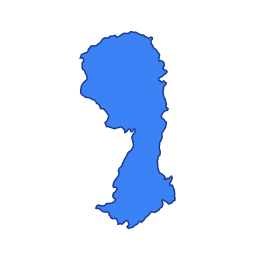 the district of Guaratinguetá, São Paulo, Brazil, rotated 22°
{"feature_id": "56859067B12081064634650", "entity_name": "Guaratinguetá", "entity_type": "district", "adm_level": 2, "iso_a3": "BRA", "parent_name": "Brazil", "parent_adm1": "São Paulo", "projection": "equal_earth", "projection_center": [-45.213, -22.813], "detail": "fine", "context": "isolated", "style": "filled", "palette": "blue", "viewbox_px": 256, "rotation_deg": 22, "n_neighbors": 0, "source": "geoboundaries", "source_scale": "gbopen_adm2", "svg_char_len": 4594}
<svg xmlns="http://www.w3.org/2000/svg" viewBox="0 0 256 256"><g transform="rotate(22 128 128)"><path d="M71.3,54.7L70.6,57.9L70.1,59.9L69.2,60.8L67.9,63.3L66.4,64.5L64.9,64.8L63.6,65.5L62.6,66.8L62.4,68.4L61.8,69.9L62.2,71.7L61.6,73.3L60.0,74.6L59.0,75.7L57.4,77.5L57.6,79.7L57.5,81.0L59.6,80.2L60.6,80.4L61.8,82.1L61.6,83.6L61.1,85.0L62.1,87.0L62.7,88.7L63.7,90.3L64.7,90.7L66.5,91.3L67.8,93.0L69.3,94.1L70.4,95.4L71.3,96.7L71.8,98.3L70.8,100.3L69.6,103.4L69.1,106.8L69.6,108.7L69.9,110.2L70.3,111.5L71.4,113.6L73.1,114.4L74.6,114.8L76.1,115.2L77.7,115.4L79.2,114.8L80.8,114.5L84.9,114.9L86.0,114.7L88.1,115.3L89.3,116.7L90.6,117.0L91.9,117.0L93.7,118.2L94.4,119.4L95.4,120.3L96.7,119.8L97.7,119.3L99.1,119.8L100.6,120.6L101.8,121.1L102.8,121.9L104.0,122.6L105.1,123.6L106.0,125.0L105.8,126.8L105.9,129.0L105.3,130.4L104.7,131.8L105.5,132.8L106.6,133.5L107.4,134.7L108.7,134.2L111.3,134.0L112.8,133.9L114.6,133.8L115.9,133.8L116.7,132.8L117.9,131.9L119.5,130.8L120.6,129.6L121.9,129.7L123.1,130.0L124.3,130.6L125.6,131.0L126.1,132.4L126.8,133.4L128.1,131.7L128.4,130.0L129.1,128.8L130.3,128.4L131.3,129.5L132.3,130.3L133.5,129.5L133.8,126.8L134.8,126.5L135.9,127.8L135.7,129.7L135.4,131.0L135.0,132.4L135.1,133.8L135.0,135.5L136.0,136.6L137.1,138.0L139.7,142.0L139.7,143.7L139.6,145.6L138.8,148.6L137.9,149.5L137.2,151.3L137.2,153.4L137.0,155.2L136.8,156.6L136.5,158.9L136.4,161.6L136.1,163.3L136.7,164.5L136.1,166.4L135.2,168.4L135.0,170.2L135.2,171.7L136.7,173.4L137.0,174.8L136.8,176.2L136.6,177.9L136.1,179.0L135.7,180.6L135.4,182.1L135.3,184.4L135.6,186.9L136.7,188.4L137.9,187.8L139.4,187.5L140.5,188.4L140.8,189.7L139.8,192.5L139.0,193.6L139.0,195.4L139.7,197.3L141.3,198.5L143.2,198.5L143.2,200.8L142.1,202.5L141.1,203.7L139.9,204.5L138.1,205.3L136.3,206.2L135.6,208.4L134.6,209.3L133.5,210.0L132.5,209.9L131.0,210.3L129.1,210.6L128.1,212.2L128.3,214.4L129.6,214.2L130.9,213.7L131.9,213.7L133.1,214.1L134.2,214.4L135.9,215.0L137.3,214.8L138.6,214.3L139.9,213.9L141.0,213.4L142.3,214.0L143.1,215.8L144.5,216.1L145.6,217.6L147.5,217.9L149.1,217.1L150.7,216.4L152.0,217.1L153.1,218.3L154.2,219.5L154.7,221.0L155.9,220.2L157.1,219.3L158.1,219.6L159.0,218.7L159.6,217.2L160.5,215.5L161.8,214.3L162.9,214.5L163.7,215.5L164.9,216.9L164.6,218.6L164.0,220.0L165.0,220.5L166.3,220.8L168.4,219.0L170.1,217.7L170.4,215.9L171.9,214.6L173.0,212.7L173.2,210.7L174.3,210.0L175.7,210.5L176.4,209.1L177.3,207.3L177.4,205.6L178.2,203.7L179.4,201.8L180.2,199.6L180.2,198.2L181.0,197.2L182.2,196.7L183.2,196.4L184.6,196.2L185.6,194.8L186.5,193.6L187.3,192.7L187.5,191.4L188.0,189.9L189.1,188.4L189.0,186.3L188.6,184.8L187.4,183.7L186.5,182.4L187.6,181.2L188.9,181.9L190.1,182.1L191.4,181.9L193.3,182.9L194.4,183.2L195.4,182.1L196.7,180.9L197.1,179.3L197.7,178.2L198.6,177.6L198.2,176.3L197.7,175.1L196.8,174.2L196.3,172.6L195.8,171.2L195.1,170.2L194.4,168.6L193.5,167.4L192.5,166.7L191.5,165.3L190.0,164.4L188.4,165.5L187.4,164.0L187.7,162.3L187.9,160.7L187.8,159.1L187.6,157.4L186.3,156.4L185.4,158.0L184.5,159.7L183.2,160.0L182.7,161.3L180.9,161.9L181.1,160.2L180.0,159.4L179.2,158.7L177.9,158.4L176.6,158.0L174.8,157.8L173.5,157.4L172.7,156.3L171.5,154.9L170.4,153.4L169.7,151.8L168.8,150.3L168.2,148.6L167.4,147.3L167.4,145.9L167.0,144.4L166.9,142.5L167.6,141.5L167.4,139.7L166.7,137.8L165.5,136.2L164.4,135.0L163.9,132.9L163.2,130.9L162.9,128.9L163.2,127.6L163.1,125.6L163.2,123.8L162.2,122.1L161.4,120.3L161.6,118.9L162.0,117.3L162.1,115.2L162.5,113.8L162.4,112.1L162.0,110.5L161.7,108.9L160.9,108.0L159.6,107.8L158.4,106.8L157.2,106.4L156.1,106.2L155.0,105.7L154.3,103.8L154.6,101.5L154.9,100.1L155.4,98.7L156.8,97.6L158.0,96.8L158.0,95.2L156.6,94.7L155.2,94.1L154.7,91.5L153.6,90.0L152.7,88.9L151.5,87.0L150.0,86.5L149.0,84.9L147.9,82.9L146.9,81.6L146.7,80.0L146.3,78.5L145.8,77.1L145.8,75.7L146.6,73.5L146.6,71.9L144.5,71.5L143.5,70.9L142.8,72.0L141.8,72.8L140.3,72.2L138.6,72.3L138.0,70.4L139.1,68.9L140.0,67.6L140.9,66.3L141.6,64.6L142.8,63.2L143.2,61.3L142.4,60.5L140.4,60.5L139.1,59.9L138.0,59.9L137.8,58.5L138.4,56.5L137.3,54.9L136.6,53.9L135.4,53.3L134.2,53.4L132.8,53.3L131.6,54.2L130.9,52.8L130.4,50.9L130.1,49.0L129.6,48.0L128.4,47.2L126.8,46.4L125.5,45.3L124.3,44.8L122.5,44.3L121.1,43.8L120.1,42.2L118.9,41.9L117.6,40.7L117.0,39.6L116.7,38.2L117.2,36.6L116.9,35.3L115.7,35.0L114.6,35.8L113.9,37.3L110.8,36.7L109.4,36.8L107.8,36.0L104.9,36.9L99.3,36.3L97.6,37.1L95.8,37.3L94.3,37.8L93.0,40.2L88.8,41.7L86.8,44.1L86.3,45.4L84.3,47.5L82.9,47.8L81.3,46.8L80.4,47.8L79.4,48.5L77.1,49.6L76.0,51.8L74.4,52.6L73.2,52.7L71.3,54.7Z" fill="#3b82f6" stroke="#1e3a8a" stroke-width="1.5"/></g></svg>